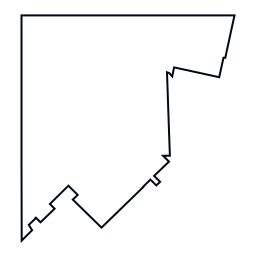 General Villegas, Buenos Aires, Argentina
{"feature_id": "61730980B52535530003600", "entity_name": "General Villegas", "entity_type": "district", "adm_level": 2, "iso_a3": "ARG", "parent_name": "Argentina", "parent_adm1": "Buenos Aires", "projection": "robinson", "projection_center": [-62.918, -34.876], "detail": "fine", "context": "isolated", "style": "outline", "palette": "ink", "viewbox_px": 256, "rotation_deg": 0, "n_neighbors": 0, "source": "geoboundaries", "source_scale": "gbopen_adm2", "svg_char_len": 728}
<svg xmlns="http://www.w3.org/2000/svg" viewBox="0 0 256 256"><path d="M234.5,15.4L184.0,15.4L117.7,15.4L21.5,15.4L21.5,15.7L21.5,48.2L21.5,48.9L21.5,86.9L21.5,87.1L21.5,129.5L21.5,152.8L21.5,155.1L21.5,156.5L21.7,240.6L26.2,236.1L28.7,233.6L32.1,230.2L28.8,224.9L35.5,218.4L35.5,217.8L35.8,217.6L40.5,222.3L54.6,208.7L49.9,204.0L59.6,194.4L65.2,188.9L68.4,185.7L77.7,194.9L72.8,199.6L101.5,227.6L113.9,215.6L143.3,187.0L143.1,186.8L150.4,179.6L156.3,185.4L160.1,181.8L154.1,175.9L169.0,161.6L163.1,155.8L169.9,155.7L169.0,131.3L169.0,131.2L167.0,72.3L169.4,73.2L172.2,76.4L174.1,67.4L219.2,77.2L223.5,57.7L225.3,57.8L227.0,49.9L232.1,26.3L234.4,16.0L234.4,15.8L234.5,15.4Z" fill="none" stroke="#020617" stroke-width="2"/></svg>